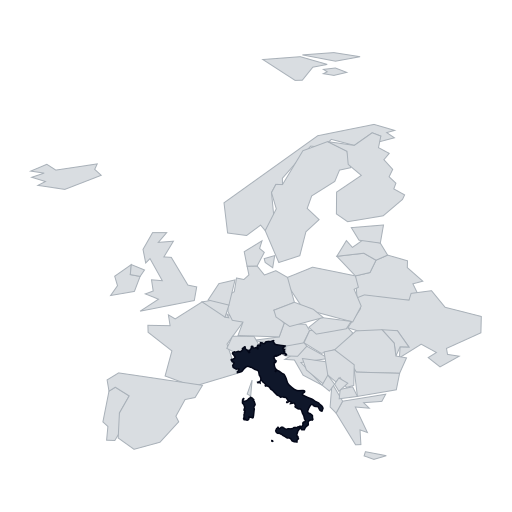 Europe, with Italy highlighted
{"feature_id": "ITA", "entity_name": "Italy", "entity_type": "country or territory", "adm_level": 0, "iso_a3": "ITA", "parent_name": "Europe", "parent_adm1": "", "projection": "natural_earth1", "projection_center": [11.757, 41.885], "detail": "fine", "context": "in_parent", "style": "filled", "palette": "ink", "viewbox_px": 512, "rotation_deg": 0, "n_neighbors": 37, "source": "natural_earth", "source_scale": "50m", "svg_char_len": 13151}
<svg xmlns="http://www.w3.org/2000/svg" viewBox="0 0 512 512"><path d="M262.8,59.5L300.3,56.7L327.2,64.4L312.8,67.2L302.3,80.2L295.1,80.4L262.8,59.5ZM394.4,137.8L378.8,141.9L380.8,136.1L372.2,132.8L354.3,145.4L331.3,139.4L323.0,147.4L310.7,146.1L282.4,178.2L282.5,184.6L275.9,184.4L271.5,192.6L274.1,219.3L265.2,230.6L260.6,225.1L246.6,235.5L227.6,233.0L224.0,202.8L317.8,135.7L374.0,124.4L394.6,130.4L386.7,132.6L394.4,137.8ZM360.1,56.7L335.5,61.2L302.4,54.9L333.8,52.6L360.1,56.7ZM346.7,72.4L333.9,75.4L323.3,73.7L327.2,71.8L323.4,69.4L335.4,68.0L346.7,72.4Z" fill="#d9dde1" stroke="#a8b0b8" stroke-width="1"/><path d="M202.1,301.9L243.0,322.1L227.0,344.1L237.1,373.4L193.4,386.5L165.1,376.0L171.9,350.9L148.1,332.3L147.9,325.3L170.1,325.7L168.4,314.9L175.2,318.9L202.1,301.9ZM247.2,394.0L252.1,380.1L250.7,396.0L247.2,394.0Z" fill="#d9dde1" stroke="#a8b0b8" stroke-width="1"/><path d="M265.2,230.6L276.3,208.8L271.5,192.6L275.9,184.4L282.5,184.6L302.9,150.7L327.6,141.6L347.0,151.3L350.7,167.7L339.5,170.1L334.8,181.4L311.7,195.9L307.2,208.4L319.1,219.6L305.9,231.8L299.8,255.7L278.8,262.5L265.2,230.6Z" fill="#d9dde1" stroke="#a8b0b8" stroke-width="1"/><path d="M387.6,255.1L407.5,260.8L407.3,267.6L422.8,281.2L412.9,283.8L417.3,292.9L409.0,300.2L357.0,297.8L355.4,275.9L370.0,272.5L376.0,260.2L387.6,255.1Z" fill="#d9dde1" stroke="#a8b0b8" stroke-width="1"/><path d="M447.5,354.4L459.2,356.2L440.0,366.9L428.2,357.6L436.4,352.5L421.2,344.2L399.4,357.8L400.1,346.8L408.9,347.0L397.4,330.7L369.1,334.3L347.8,327.8L360.5,308.7L357.0,297.8L364.4,294.9L409.0,300.2L411.1,293.4L431.5,290.7L445.1,307.3L481.3,316.5L480.9,332.8L446.5,348.4L447.5,354.4Z" fill="#d9dde1" stroke="#a8b0b8" stroke-width="1"/><path d="M355.4,275.9L358.4,287.3L354.1,289.3L361.2,306.1L352.7,322.0L303.1,308.7L287.2,284.6L287.5,277.4L312.6,267.2L355.4,275.9Z" fill="#d9dde1" stroke="#a8b0b8" stroke-width="1"/><path d="M309.6,330.6L302.6,344.5L292.1,346.9L253.1,340.4L279.2,336.9L284.1,323.4L305.8,324.3L309.6,330.6Z" fill="#d9dde1" stroke="#a8b0b8" stroke-width="1"/><path d="M347.8,327.8L352.8,333.0L340.6,348.0L321.3,353.4L304.0,342.8L309.6,330.6L347.8,327.8Z" fill="#d9dde1" stroke="#a8b0b8" stroke-width="1"/><path d="M382.0,329.7L397.4,330.7L408.9,347.0L400.1,346.8L395.9,356.0L394.2,343.2L382.0,329.7Z" fill="#d9dde1" stroke="#a8b0b8" stroke-width="1"/><path d="M395.9,356.0L406.5,357.9L399.6,373.3L356.3,372.1L334.6,349.8L355.9,330.9L382.0,329.7L394.2,343.2L395.9,356.0Z" fill="#d9dde1" stroke="#a8b0b8" stroke-width="1"/><path d="M376.0,260.2L370.0,272.5L355.4,275.9L336.8,256.3L363.8,253.2L376.0,260.2Z" fill="#d9dde1" stroke="#a8b0b8" stroke-width="1"/><path d="M380.3,243.1L387.6,255.1L376.0,260.2L363.8,253.2L336.8,256.3L346.4,240.6L352.4,247.4L364.9,238.6L380.3,243.1Z" fill="#d9dde1" stroke="#a8b0b8" stroke-width="1"/><path d="M383.5,225.0L380.3,243.1L359.0,240.2L351.3,227.6L383.5,225.0Z" fill="#d9dde1" stroke="#a8b0b8" stroke-width="1"/><path d="M287.5,277.4L294.4,302.3L273.9,310.2L284.1,323.4L279.2,336.9L238.0,335.5L243.0,322.1L232.3,320.3L227.9,311.5L227.9,295.2L234.3,291.7L236.5,278.0L243.9,279.5L248.9,274.9L247.1,266.2L257.1,266.0L264.4,275.0L275.8,270.7L287.5,277.4Z" fill="#d9dde1" stroke="#a8b0b8" stroke-width="1"/><path d="M354.0,368.1L356.3,372.1L399.6,373.3L396.3,389.8L357.4,396.4L354.0,368.1Z" fill="#d9dde1" stroke="#a8b0b8" stroke-width="1"/><path d="M386.3,455.7L373.9,459.4L364.1,455.9L365.4,451.7L386.3,455.7ZM342.6,401.2L385.7,394.2L381.8,401.4L363.6,402.7L369.3,408.2L355.3,407.0L367.4,432.5L360.0,429.9L360.9,444.6L355.6,444.8L336.1,413.1L342.6,401.2Z" fill="#d9dde1" stroke="#a8b0b8" stroke-width="1"/><path d="M342.6,401.2L336.1,413.1L330.1,407.0L332.0,383.2L342.6,401.2Z" fill="#d9dde1" stroke="#a8b0b8" stroke-width="1"/><path d="M306.8,346.2L328.6,358.4L300.9,362.5L322.1,385.2L303.1,375.2L294.4,360.0L284.8,359.4L306.8,346.2Z" fill="#d9dde1" stroke="#a8b0b8" stroke-width="1"/><path d="M254.0,336.4L259.8,346.4L236.2,353.2L226.8,348.4L232.5,336.2L254.0,336.4Z" fill="#d9dde1" stroke="#a8b0b8" stroke-width="1"/><path d="M225.9,311.9L228.8,317.8L225.0,317.2L225.9,311.9Z" fill="#d9dde1" stroke="#a8b0b8" stroke-width="1"/><path d="M228.9,305.1L225.0,317.2L202.1,301.9L220.4,298.8L228.9,305.1Z" fill="#d9dde1" stroke="#a8b0b8" stroke-width="1"/><path d="M235.0,279.9L228.9,305.1L208.1,300.0L218.9,283.6L235.0,279.9Z" fill="#d9dde1" stroke="#a8b0b8" stroke-width="1"/><path d="M109.0,391.1L115.3,387.2L129.2,395.9L119.4,413.1L122.1,428.4L114.8,440.5L106.6,440.2L107.9,426.5L102.9,421.9L109.0,391.1Z" fill="#d9dde1" stroke="#a8b0b8" stroke-width="1"/><path d="M118.2,438.0L119.4,413.1L129.2,395.9L115.3,387.2L109.0,391.1L107.1,379.9L118.6,372.9L202.5,385.3L195.1,397.5L185.1,399.5L175.9,416.2L178.7,421.8L160.0,442.2L134.0,449.3L118.2,438.0Z" fill="#d9dde1" stroke="#a8b0b8" stroke-width="1"/><path d="M140.1,276.4L134.4,291.4L110.6,295.5L117.5,285.7L114.7,276.2L131.3,264.6L130.3,274.6L140.1,276.4Z" fill="#d9dde1" stroke="#a8b0b8" stroke-width="1"/><path d="M257.1,266.0L247.1,266.2L244.2,251.7L262.0,240.8L259.6,248.5L264.3,252.4L257.1,266.0ZM274.7,255.6L272.7,267.7L265.2,262.5L264.2,258.6L274.7,255.6Z" fill="#d9dde1" stroke="#a8b0b8" stroke-width="1"/><path d="M140.1,276.4L130.3,274.6L131.3,264.6L144.5,270.0L140.1,276.4ZM162.3,280.7L150.0,258.6L145.7,263.0L143.0,249.4L152.6,232.6L166.7,232.6L158.3,242.4L173.4,241.2L163.9,256.9L171.3,257.4L187.9,285.1L196.7,286.9L194.3,300.5L140.1,311.2L158.5,299.2L145.3,293.9L153.2,291.0L151.5,279.8L162.3,280.7Z" fill="#d9dde1" stroke="#a8b0b8" stroke-width="1"/><path d="M97.2,163.9L94.7,169.4L101.2,175.3L64.8,189.4L37.9,185.4L45.4,181.5L31.7,177.3L44.2,173.1L30.7,171.1L46.8,164.3L55.8,170.1L97.2,163.9Z" fill="#d9dde1" stroke="#a8b0b8" stroke-width="1"/><path d="M285.9,346.1L304.0,342.8L306.8,346.2L297.6,356.3L285.3,355.9L285.9,346.1Z" fill="#d9dde1" stroke="#a8b0b8" stroke-width="1"/><path d="M380.8,136.1L378.5,147.7L389.2,153.4L383.9,159.7L392.7,169.4L389.1,176.8L395.9,183.2L393.8,188.9L404.6,194.9L402.5,199.4L383.2,215.8L347.6,221.7L336.4,213.9L336.6,192.1L361.3,175.4L348.2,164.4L347.0,151.3L327.6,141.6L354.3,145.4L372.2,132.8L380.8,136.1Z" fill="#d9dde1" stroke="#a8b0b8" stroke-width="1"/><path d="M351.1,321.4L346.3,328.8L316.3,334.1L308.8,327.3L321.0,317.5L351.1,321.4Z" fill="#d9dde1" stroke="#a8b0b8" stroke-width="1"/><path d="M294.4,302.3L313.3,309.3L323.2,317.5L289.7,326.5L276.0,317.0L273.9,310.2L294.4,302.3Z" fill="#d9dde1" stroke="#a8b0b8" stroke-width="1"/><path d="M322.9,383.6L306.4,370.0L302.4,358.5L328.5,362.1L329.6,374.6L322.9,383.6Z" fill="#d9dde1" stroke="#a8b0b8" stroke-width="1"/><path d="M352.6,386.8L357.4,396.4L339.2,398.8L340.2,389.4L352.6,386.8Z" fill="#d9dde1" stroke="#a8b0b8" stroke-width="1"/><path d="M324.1,351.9L334.6,349.8L354.2,364.8L353.8,385.4L346.4,387.5L340.1,377.5L336.0,382.0L327.8,375.1L324.1,351.9Z" fill="#d9dde1" stroke="#a8b0b8" stroke-width="1"/><path d="M334.6,384.2L329.4,391.1L322.1,385.2L327.8,375.1L334.6,384.2Z" fill="#d9dde1" stroke="#a8b0b8" stroke-width="1"/><path d="M338.9,391.3L334.6,384.2L338.8,378.0L347.8,383.2L338.9,391.3Z" fill="#d9dde1" stroke="#a8b0b8" stroke-width="1"/><path d="M234.3,351.8L235.1,352.2L236.6,351.9L238.3,351.3L240.1,351.8L241.7,350.9L241.9,350.6L242.7,349.5L242.8,349.2L242.4,348.6L242.5,348.4L243.6,347.8L244.1,347.2L244.6,346.8L245.0,346.8L245.2,347.2L245.1,348.3L245.3,348.7L246.7,350.0L248.0,350.3L248.1,350.5L247.7,351.1L248.5,351.8L248.6,352.4L249.0,352.7L249.5,352.5L249.7,352.3L249.4,351.2L249.4,350.9L249.5,350.6L250.9,348.9L251.3,348.3L251.4,346.5L251.7,346.3L252.7,346.4L253.1,347.7L253.4,348.1L254.3,348.2L256.1,347.5L256.5,347.6L257.3,348.8L257.6,348.9L258.0,348.8L258.1,348.6L257.8,347.6L257.6,347.0L257.4,346.7L257.3,346.4L257.7,345.3L258.5,345.1L259.1,345.6L259.8,345.8L260.3,345.8L260.4,345.4L260.3,345.1L260.0,344.6L260.1,344.0L260.5,342.7L262.3,342.9L262.8,343.4L263.3,343.6L264.5,343.6L264.8,343.4L265.1,342.8L265.6,342.0L266.5,341.7L268.6,341.4L270.5,341.6L273.4,340.6L273.7,340.7L273.7,340.8L273.2,341.6L273.3,342.0L274.2,343.0L275.1,344.3L275.8,344.6L281.0,345.5L283.5,345.7L285.1,346.0L284.9,346.6L284.0,347.1L282.8,348.0L282.6,348.5L282.8,348.9L283.0,349.0L283.2,348.9L283.5,349.0L284.6,349.3L284.6,349.5L284.5,349.8L283.5,350.7L283.5,351.2L283.7,351.3L284.3,351.3L284.5,351.4L284.1,352.7L284.2,352.9L284.8,353.1L285.3,353.4L286.1,354.1L286.5,354.8L286.2,355.0L285.7,355.1L285.3,355.0L285.8,354.7L284.6,353.3L284.0,353.3L283.3,353.9L281.4,353.3L281.0,353.5L280.7,354.0L280.0,354.6L279.1,354.8L278.0,355.5L276.0,356.3L275.5,356.2L276.3,355.5L275.9,355.4L274.9,356.0L274.3,356.4L273.9,358.4L274.4,358.7L275.2,360.3L276.2,361.0L275.7,362.2L275.1,362.7L274.6,362.3L274.3,362.3L274.1,363.4L274.5,366.3L275.2,368.2L275.9,369.1L277.5,370.5L279.2,371.2L282.2,373.5L283.8,374.2L284.2,374.6L285.2,376.4L286.1,378.4L287.1,381.6L287.7,383.2L289.1,385.0L291.9,387.5L294.4,389.4L296.8,390.5L298.6,390.7L303.0,390.5L303.7,390.6L304.5,390.9L304.7,391.7L304.4,392.3L303.5,392.8L302.6,393.6L302.5,394.7L303.4,395.4L307.6,397.4L312.0,399.1L313.3,399.9L314.9,401.2L318.7,403.0L319.3,403.9L321.7,405.8L322.7,407.3L323.0,408.4L322.5,409.6L322.3,410.4L321.9,411.2L320.9,410.9L319.8,410.1L318.1,406.7L315.0,406.4L314.4,406.1L313.3,405.6L313.2,405.2L313.0,404.7L312.7,404.5L311.5,404.4L310.7,405.0L309.8,406.3L308.8,408.1L307.7,410.8L307.7,411.9L308.3,413.0L310.1,413.6L311.4,414.6L312.4,415.5L312.5,417.9L312.9,419.3L312.3,420.1L311.2,419.9L309.6,420.4L308.6,421.2L308.1,422.1L308.3,424.3L308.1,425.1L306.0,426.7L304.9,428.3L304.3,429.7L301.7,429.7L301.0,428.8L301.0,427.4L301.4,426.5L302.4,426.1L303.0,424.4L302.8,423.1L303.2,422.5L303.5,422.1L305.3,421.6L305.3,419.9L304.5,419.0L303.8,415.8L302.4,413.1L301.7,410.7L301.1,409.6L300.3,408.9L298.8,409.0L298.0,408.8L295.3,407.1L295.1,406.9L295.1,406.4L295.6,405.8L295.2,404.9L294.9,404.0L294.4,403.3L293.8,402.9L292.2,403.3L291.4,403.3L290.8,403.6L290.5,403.6L291.4,402.3L291.2,402.0L290.2,401.5L288.6,401.4L288.4,401.7L288.2,401.5L288.2,400.9L286.7,398.4L285.7,397.4L285.2,397.2L284.3,397.4L282.8,396.9L281.9,396.8L280.7,397.3L280.3,397.1L280.2,396.7L278.8,395.7L277.1,395.1L273.8,391.7L272.8,390.5L270.7,389.1L269.4,387.1L268.3,386.4L266.8,385.8L265.6,386.1L265.3,385.8L265.9,385.4L265.8,384.7L264.0,382.7L263.0,382.1L262.2,380.8L261.7,380.6L261.3,380.6L260.7,380.5L260.9,378.8L260.8,378.2L260.2,376.5L259.3,375.2L258.7,371.9L258.3,370.9L257.2,370.2L254.8,369.4L251.4,367.3L250.7,367.3L248.7,366.5L247.4,366.3L245.8,367.1L243.7,369.1L242.1,371.2L241.5,371.6L239.4,372.3L237.5,372.7L237.5,371.7L238.8,370.1L239.0,369.6L238.7,368.8L238.4,368.8L236.7,369.2L236.3,369.1L233.6,367.7L233.1,367.2L232.9,366.6L233.1,366.3L232.7,365.5L233.6,363.9L234.0,363.7L233.9,362.4L233.5,362.1L232.4,361.9L232.0,361.5L231.9,361.0L231.6,360.5L231.2,360.1L231.2,359.6L231.7,359.3L232.8,359.4L233.9,358.6L234.6,358.4L234.9,357.3L235.2,357.0L235.2,356.8L234.2,355.9L233.8,355.1L233.2,354.2L232.6,353.9L232.5,353.6L232.5,353.2L232.6,352.8L233.7,352.3L234.3,351.8ZM275.9,371.4L276.2,370.9L276.1,370.5L275.6,370.6L275.2,371.1L275.5,371.5L275.9,371.4ZM300.4,426.9L299.7,428.5L297.8,431.2L297.3,433.1L296.8,434.4L296.9,435.7L297.8,436.5L297.4,436.9L298.3,438.0L298.4,438.4L298.4,438.8L297.5,439.6L297.2,440.0L297.0,440.5L296.9,441.1L297.0,441.5L297.0,442.0L296.1,442.0L295.2,441.7L294.3,441.8L292.1,440.9L291.0,439.2L290.2,438.5L289.2,437.9L287.3,438.0L286.5,437.6L284.8,436.4L283.0,435.5L281.5,434.2L280.5,434.0L279.6,433.3L277.8,433.3L277.3,433.1L276.4,432.4L275.7,430.9L276.6,428.6L277.5,428.0L278.0,427.3L279.0,428.5L279.4,428.8L279.8,428.7L280.5,428.3L280.6,427.8L281.4,427.2L282.4,427.2L282.9,427.3L283.2,427.9L284.0,428.1L285.5,429.1L286.4,429.3L287.5,428.9L288.4,428.7L290.3,428.9L291.3,428.7L292.0,428.7L293.1,428.3L293.8,427.6L294.2,427.5L295.8,427.5L296.8,427.6L297.3,427.5L297.7,427.0L298.1,426.8L298.6,427.0L299.8,426.2L300.4,426.2L300.9,426.5L300.4,426.9ZM253.8,400.8L254.2,401.5L255.0,404.0L255.1,404.6L254.7,405.5L253.8,406.8L253.9,407.9L254.2,408.6L254.3,409.3L254.1,410.2L253.5,415.8L253.1,417.6L252.5,417.9L250.8,417.2L249.9,417.3L249.1,416.9L248.8,418.9L248.4,419.6L247.7,420.1L247.1,420.2L246.4,420.0L245.9,420.0L245.5,419.6L244.1,417.3L244.0,414.6L244.4,413.8L244.5,412.9L244.4,412.2L244.6,411.9L244.9,412.2L245.1,412.1L245.2,411.0L244.8,410.5L244.1,410.3L244.1,409.7L244.1,409.1L244.5,408.7L244.6,408.2L244.7,406.6L244.2,406.0L244.0,405.1L243.8,404.6L242.5,403.1L242.4,401.9L242.8,400.5L243.5,401.1L243.9,401.2L244.7,401.3L245.5,401.1L247.5,400.2L248.8,398.6L249.7,398.3L250.1,397.9L250.3,397.3L250.7,397.2L251.1,397.7L251.6,397.8L252.4,398.2L253.1,399.1L253.6,399.5L253.4,399.7L253.2,400.3L253.8,400.8ZM259.8,381.5L260.1,381.9L260.1,382.1L259.9,382.4L260.0,382.9L259.3,382.5L258.4,382.7L257.8,382.7L257.6,382.2L258.7,381.9L259.0,381.8L259.5,381.9L259.8,381.5ZM244.6,418.6L244.1,419.6L243.6,418.9L243.6,418.3L243.7,418.1L244.6,418.6ZM243.6,399.1L243.0,399.7L242.7,399.7L243.2,398.7L243.6,398.5L243.8,398.7L243.6,399.1ZM272.7,441.3L272.3,441.4L271.8,441.1L271.8,440.6L272.5,440.7L272.7,441.3ZM287.5,402.4L287.0,402.6L286.8,402.5L286.7,402.4L286.8,402.0L287.5,402.2L287.5,402.4Z" fill="#0f172a" stroke="#020617" stroke-width="1.5"/></svg>